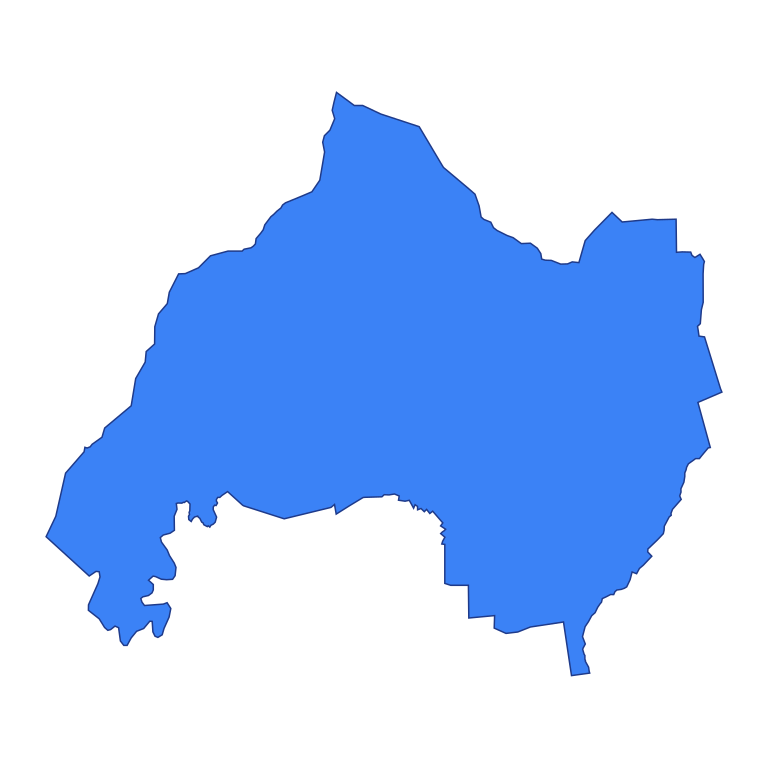 the district of Ga Central Municipal, Greater Accra, Ghana
{"feature_id": "2480657B96936068561499", "entity_name": "Ga Central Municipal", "entity_type": "district", "adm_level": 2, "iso_a3": "GHA", "parent_name": "Ghana", "parent_adm1": "Greater Accra", "projection": "robinson", "projection_center": [-0.313, 5.617], "detail": "fine", "context": "isolated", "style": "filled", "palette": "blue", "viewbox_px": 768, "rotation_deg": 0, "n_neighbors": 0, "source": "geoboundaries", "source_scale": "gbopen_adm2", "svg_char_len": 3990}
<svg xmlns="http://www.w3.org/2000/svg" viewBox="0 0 768 768"><path d="M84.1,451.8L70.5,467.5L65.6,473.1L55.8,516.3L46.1,536.7L89.2,576.0L96.0,571.4L99.2,571.7L100.0,576.9L97.9,583.7L88.5,604.8L88.4,610.3L99.2,618.8L104.6,627.5L107.8,630.3L110.6,629.6L115.0,626.1L118.6,627.7L120.4,641.0L123.8,645.4L127.1,645.4L131.2,637.9L136.6,631.3L143.7,628.5L149.8,621.2L152.2,621.4L152.9,631.9L155.0,636.2L157.9,637.4L162.2,634.8L164.0,628.5L169.1,617.1L170.8,608.5L167.1,602.7L163.3,604.1L144.5,605.5L142.0,602.2L140.8,598.5L142.9,596.8L143.8,596.6L148.5,595.5L152.0,592.9L153.3,589.9L153.3,584.5L148.5,580.2L153.1,576.1L155.6,576.6L161.3,579.2L166.6,579.7L172.6,579.3L175.1,575.7L176.0,567.4L174.2,563.0L169.5,555.6L167.2,550.0L161.5,542.1L160.3,537.6L163.3,535.0L170.1,533.2L174.4,530.3L174.2,516.2L177.0,509.3L176.3,503.5L177.9,503.0L181.1,503.1L182.0,503.1L183.3,502.3L184.3,502.5L186.5,500.9L187.6,501.4L190.0,504.0L189.8,510.8L189.1,512.4L189.5,514.5L188.5,516.2L188.8,519.6L191.2,521.5L192.5,519.1L194.5,517.0L197.7,516.1L198.2,517.1L199.8,518.3L201.7,522.1L202.9,522.7L203.9,524.8L207.3,526.6L208.2,525.8L209.8,527.1L210.9,525.3L213.3,524.1L215.2,522.2L216.6,517.1L213.2,509.6L213.3,506.9L214.6,505.2L216.1,505.5L217.5,503.0L216.9,501.9L216.4,501.1L216.4,499.5L217.1,498.4L217.7,497.4L219.8,497.4L222.0,495.4L227.6,491.6L242.5,505.1L243.6,505.8L284.2,518.8L330.2,507.6L331.1,507.3L334.5,504.5L336.2,514.1L349.7,505.6L363.1,497.5L364.9,497.3L381.9,496.8L384.2,494.7L389.1,494.9L394.5,494.0L399.2,496.0L398.5,500.2L405.1,501.2L409.3,500.3L413.6,508.2L415.1,504.7L417.5,506.4L417.6,509.8L421.0,508.5L424.3,511.7L426.6,509.4L429.8,513.5L432.7,511.2L442.8,522.9L440.6,525.9L445.6,529.2L444.2,530.7L442.4,531.9L440.7,533.6L444.9,537.2L442.7,541.1L441.8,544.0L444.8,544.4L444.8,581.9L444.8,583.4L450.7,585.3L451.8,585.3L468.4,585.3L468.8,618.0L494.6,615.6L494.2,628.1L506.0,633.4L508.5,633.1L517.8,632.0L530.4,627.0L563.5,622.0L565.0,632.1L571.5,675.6L589.7,673.1L589.5,672.3L589.2,671.4L588.6,667.2L585.4,661.4L585.4,660.3L584.9,659.4L584.9,655.5L584.1,654.2L582.7,649.4L583.1,648.1L585.3,644.0L582.5,636.7L585.1,626.7L588.5,621.6L591.7,615.7L595.1,612.7L597.7,607.3L600.1,603.8L601.5,602.2L602.3,598.6L606.6,596.6L610.6,594.5L613.7,594.6L615.0,591.6L616.9,590.0L621.2,589.4L624.3,588.3L626.7,586.9L630.1,579.7L632.1,572.0L636.6,573.7L639.4,568.5L643.4,565.1L651.8,556.2L647.7,551.9L647.9,549.0L656.8,540.5L660.0,537.2L663.3,533.7L664.1,530.2L664.3,526.2L669.2,516.9L671.2,515.3L671.0,513.4L672.5,509.3L681.2,499.4L679.7,495.9L681.0,492.1L680.9,488.8L683.9,482.2L684.8,476.4L684.8,472.9L686.1,469.8L686.6,467.3L688.4,463.8L695.6,458.6L699.4,458.6L701.5,455.9L708.2,447.9L710.3,447.5L709.6,445.0L697.9,402.4L721.9,392.1L720.5,388.7L704.5,336.9L699.0,336.1L698.2,330.4L697.5,326.3L700.3,323.7L701.4,309.7L703.2,302.3L703.1,273.9L703.5,266.9L703.7,264.3L704.4,261.5L702.7,258.6L700.0,254.3L694.9,257.5L692.0,255.4L690.7,252.1L682.2,251.9L676.5,252.3L676.1,219.2L657.4,219.7L652.2,219.2L622.2,222.0L612.0,212.4L594.6,230.0L585.2,240.6L584.1,244.4L578.9,262.6L572.2,261.9L567.6,263.9L560.7,264.1L551.3,260.4L545.4,260.2L541.7,259.1L540.8,253.6L537.3,248.2L530.4,243.2L521.3,243.6L513.2,237.7L507.1,235.5L497.1,230.5L493.5,227.7L490.8,222.2L483.8,219.4L481.1,217.0L479.1,205.9L475.0,194.2L468.8,188.8L443.5,167.5L442.0,165.1L419.2,126.7L380.7,114.0L362.7,105.5L354.3,105.5L336.5,92.4L334.0,102.2L332.2,110.3L334.0,116.3L334.7,118.7L329.9,130.2L324.4,135.7L322.7,142.2L324.6,152.0L319.8,180.2L311.9,191.8L302.3,195.9L285.5,202.8L282.6,205.0L280.9,208.0L277.0,211.1L273.8,214.3L270.9,216.7L264.8,224.8L263.2,229.8L260.7,233.2L256.1,238.6L255.4,243.9L253.4,246.1L251.0,247.8L244.1,249.2L242.1,251.1L227.9,251.1L210.5,255.8L198.5,267.8L185.3,273.6L178.6,273.9L169.3,292.2L167.3,303.6L158.5,313.9L154.8,326.7L154.6,344.0L146.2,351.5L145.2,362.1L135.7,378.5L131.2,405.8L104.7,428.0L102.0,437.2L92.1,444.3L90.2,446.8L87.1,448.0L84.9,447.3L84.1,451.8Z" fill="#3b82f6" stroke="#1e3a8a" stroke-width="1.5"/></svg>